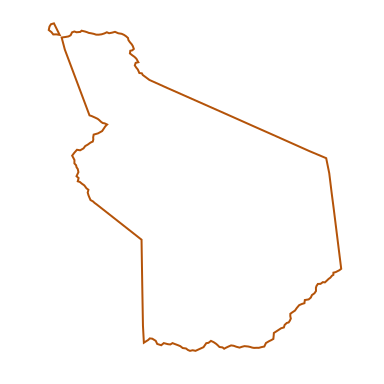 Timbiras, Maranhão, Brazil, rotated 94°
{"feature_id": "56859067B24703899222248", "entity_name": "Timbiras", "entity_type": "district", "adm_level": 2, "iso_a3": "BRA", "parent_name": "Brazil", "parent_adm1": "Maranhão", "projection": "orthographic", "projection_center": [-43.817, -4.17], "detail": "fine", "context": "isolated", "style": "outline", "palette": "amber", "viewbox_px": 384, "rotation_deg": 94, "n_neighbors": 0, "source": "geoboundaries", "source_scale": "gbopen_adm2", "svg_char_len": 2593}
<svg xmlns="http://www.w3.org/2000/svg" viewBox="0 0 384 384"><g transform="rotate(94 192 192)"><path d="M258.2,37.8L235.8,42.2L198.6,49.5L183.3,52.6L163.7,56.4L148.9,60.5L147.9,63.4L143.0,77.8L138.1,91.2L128.9,116.4L122.1,135.2L114.3,156.6L89.9,224.1L83.2,242.3L80.6,246.3L78.7,249.3L77.1,250.3L77.0,252.8L73.6,254.6L71.8,256.3L69.7,257.9L67.1,257.2L66.3,254.6L62.9,256.8L61.2,258.8L59.6,261.4L58.1,263.6L55.4,263.4L54.8,261.4L53.3,260.0L50.6,261.2L48.9,262.4L46.9,264.4L44.9,266.0L42.8,266.6L41.2,268.7L40.0,270.8L39.1,273.2L38.8,276.6L37.6,280.0L38.6,282.8L39.4,285.8L38.6,288.1L39.9,290.4L41.0,293.2L41.6,296.2L41.7,298.7L41.1,301.0L40.7,303.8L40.5,306.0L39.9,307.8L39.4,309.8L38.8,313.4L40.1,314.6L40.7,318.3L40.1,320.6L41.1,322.8L44.1,324.0L45.4,326.0L46.1,328.7L47.0,332.8L58.8,328.8L122.7,299.6L123.2,297.5L124.6,293.7L125.6,291.2L126.7,289.6L128.3,287.7L129.4,285.9L129.6,284.0L130.6,281.4L132.6,283.1L135.6,284.8L137.5,285.9L140.1,289.9L141.6,294.1L144.4,294.4L146.5,294.1L148.6,294.5L149.8,296.7L152.0,299.3L153.6,301.7L156.1,303.3L158.2,306.5L157.9,309.7L161.3,312.3L164.1,314.1L166.3,312.7L168.3,311.5L171.7,311.3L173.4,309.5L175.4,308.9L177.0,307.6L180.1,306.7L184.3,308.3L186.0,306.1L189.3,306.7L189.8,304.6L191.4,302.4L192.9,299.9L195.7,297.5L197.0,295.5L199.9,296.0L202.8,294.9L207.1,292.7L208.3,290.1L209.7,288.4L211.0,286.3L241.7,241.1L243.1,239.0L251.4,238.3L288.8,235.1L328.8,231.6L345.7,229.5L342.6,225.3L341.0,223.9L341.1,221.4L343.0,217.8L346.0,216.1L347.0,212.0L344.7,209.6L345.5,205.3L345.6,203.0L344.1,200.9L344.8,198.7L345.7,195.6L346.6,192.9L348.3,190.4L348.5,187.1L349.9,185.0L350.6,182.9L349.8,180.3L350.2,177.4L346.0,169.7L341.8,167.2L341.3,165.0L339.2,162.7L340.3,159.9L341.8,157.3L343.2,155.5L344.7,153.8L344.9,150.7L346.1,149.0L345.0,147.3L343.7,145.0L342.3,142.3L342.5,139.7L343.3,136.9L343.9,133.7L342.9,131.3L342.1,128.9L342.2,125.3L342.5,123.2L343.0,121.2L343.2,119.2L342.9,116.7L342.8,114.5L341.9,111.9L341.1,109.1L337.5,107.7L335.3,104.5L334.3,102.7L332.9,100.6L329.7,100.5L326.9,100.5L325.2,98.2L321.7,93.6L320.7,90.9L318.1,90.3L316.0,88.3L315.4,86.5L313.7,85.5L311.4,84.6L308.9,85.3L306.6,85.4L305.1,83.6L303.1,81.0L300.4,79.4L297.4,77.2L296.0,74.5L295.1,72.1L291.9,71.9L291.0,68.1L289.0,66.1L286.5,65.2L284.5,62.8L282.1,61.4L279.0,61.7L277.2,61.3L274.9,60.0L274.7,57.4L272.8,55.2L272.9,53.1L271.1,51.4L269.1,49.6L267.8,48.0L265.9,46.7L264.8,45.2L262.6,45.3L261.9,43.1L259.8,39.6L258.2,37.8ZM44.5,335.0L33.4,341.5L34.5,344.4L36.9,345.7L40.4,346.2L42.3,343.4L44.5,341.4L44.2,338.4L44.5,335.0Z" fill="none" stroke="#b45309" stroke-width="2"/></g></svg>